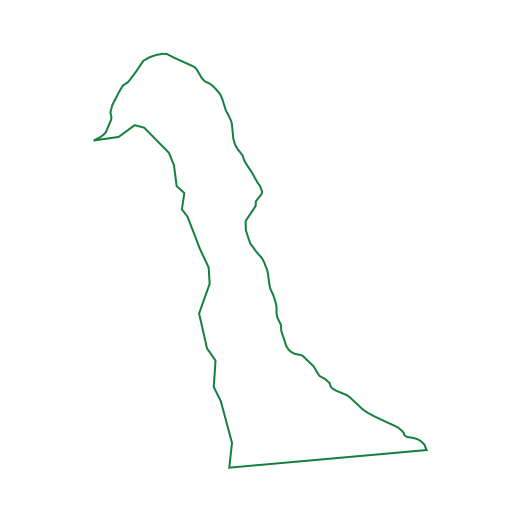 Calhoun, Illinois, United States of America, rotated 174°
{"feature_id": "52423323B51319827777546", "entity_name": "Calhoun", "entity_type": "district", "adm_level": 2, "iso_a3": "USA", "parent_name": "United States of America", "parent_adm1": "Illinois", "projection": "albers", "projection_center": [-90.682, 39.134], "detail": "fine", "context": "isolated", "style": "outline", "palette": "green", "viewbox_px": 512, "rotation_deg": 174, "n_neighbors": 0, "source": "geoboundaries", "source_scale": "gbopen_adm2", "svg_char_len": 1684}
<svg xmlns="http://www.w3.org/2000/svg" viewBox="0 0 512 512"><g transform="rotate(174 256 256)"><path d="M272.9,414.6L274.3,419.5L275.5,421.9L278.1,425.6L280.6,428.9L283.8,432.1L288.8,435.2L291.3,438.6L295.8,448.4L297.9,450.7L316.3,461.5L323.7,466.3L327.8,466.8L334.1,466.4L335.3,466.1L340.8,464.9L346.9,462.3L348.0,461.5L356.0,451.9L364.7,442.6L370.6,439.4L375.1,433.4L383.2,421.0L385.8,414.1L385.3,409.5L385.4,408.2L386.0,406.3L392.3,394.9L395.0,392.5L398.3,390.5L405.4,387.8L380.1,388.8L363.0,398.8L353.7,395.2L331.8,367.7L328.1,354.9L327.6,333.8L320.7,326.1L324.8,310.2L319.9,302.0L311.1,269.1L304.3,249.5L305.0,233.2L318.6,204.8L314.4,169.3L307.2,156.2L311.7,130.1L306.2,115.4L299.4,72.7L304.7,48.3L106.6,45.2L107.2,46.9L108.3,51.0L111.5,54.7L114.0,56.6L116.2,57.7L120.1,59.1L124.2,60.0L126.1,61.2L127.3,62.7L127.5,64.4L129.0,66.8L132.9,70.8L154.1,83.5L161.2,88.3L165.8,92.2L177.3,105.5L180.0,108.0L190.8,113.9L194.4,116.8L195.5,118.8L196.1,122.0L200.3,126.6L205.3,130.0L206.4,131.8L210.2,140.2L220.0,151.8L221.7,152.8L227.7,154.6L230.9,156.8L233.3,159.3L235.2,163.1L238.5,177.7L238.7,179.7L238.3,184.6L241.2,192.6L241.5,195.4L241.5,198.4L241.0,201.5L241.0,205.7L242.9,215.3L245.3,222.4L245.6,225.2L246.1,239.3L246.9,242.7L248.5,248.8L249.9,252.3L251.4,254.9L254.8,259.5L259.3,267.2L260.3,268.9L261.2,272.3L263.4,282.6L262.8,290.9L262.3,292.3L251.4,305.4L251.0,306.5L250.4,310.4L244.0,317.1L243.3,318.3L243.3,319.6L244.6,325.2L246.8,328.8L251.3,339.3L256.4,349.2L257.9,352.7L258.6,356.6L259.3,358.1L261.0,361.0L261.8,362.3L262.8,363.4L265.1,368.8L266.3,375.0L266.2,389.5L266.5,392.4L269.1,400.2L270.7,403.5L272.9,414.6Z" fill="none" stroke="#15803d" stroke-width="2"/></g></svg>